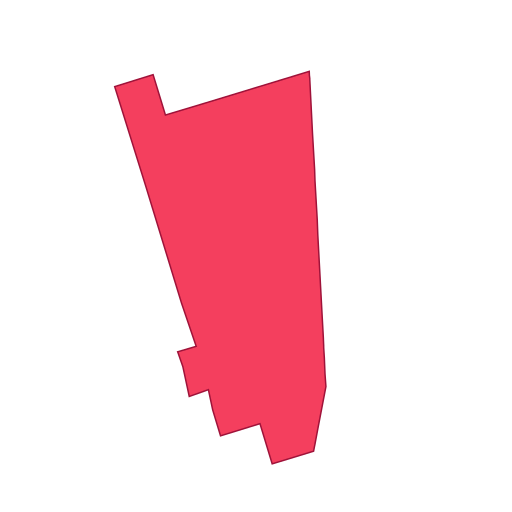 Vilas, Wisconsin, United States of America, rotated 73°
{"feature_id": "52423323B83029835458818", "entity_name": "Vilas", "entity_type": "district", "adm_level": 2, "iso_a3": "USA", "parent_name": "United States of America", "parent_adm1": "Wisconsin", "projection": "equal_earth", "projection_center": [-89.368, 46.078], "detail": "fine", "context": "isolated", "style": "filled", "palette": "rose", "viewbox_px": 512, "rotation_deg": 73, "n_neighbors": 0, "source": "geoboundaries", "source_scale": "gbopen_adm2", "svg_char_len": 644}
<svg xmlns="http://www.w3.org/2000/svg" viewBox="0 0 512 512"><g transform="rotate(73 256 256)"><path d="M417.6,342.5L417.5,301.2L459.5,301.3L459.5,258.0L455.7,256.0L453.7,254.9L438.2,246.8L401.3,227.3L389.0,224.5L375.6,221.0L373.7,220.5L363.6,218.1L361.2,217.4L360.4,217.2L359.6,217.0L355.0,215.8L354.3,215.6L333.6,210.5L253.4,190.6L239.5,186.9L201.3,177.6L190.6,174.7L155.2,166.1L102.7,152.9L102.1,152.7L98.8,152.1L95.0,151.1L94.9,260.1L94.7,301.4L52.5,301.4L52.7,341.6L157.6,341.0L279.2,341.0L324.9,339.6L324.7,358.9L340.5,358.3L370.8,360.9L369.9,340.6L390.5,342.4L417.6,342.5Z" fill="#f43f5e" stroke="#9f1239" stroke-width="1.5"/></g></svg>